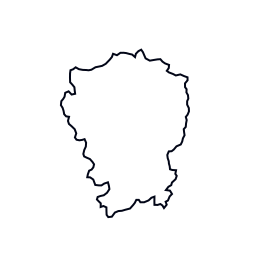 Cristinápolis, Sergipe, Brazil (Robinson projection), rotated 44°
{"feature_id": "56859067B95564871325424", "entity_name": "Cristinápolis", "entity_type": "district", "adm_level": 2, "iso_a3": "BRA", "parent_name": "Brazil", "parent_adm1": "Sergipe", "projection": "robinson", "projection_center": [-37.728, -11.484], "detail": "fine", "context": "isolated", "style": "outline", "palette": "ink", "viewbox_px": 256, "rotation_deg": 44, "n_neighbors": 0, "source": "geoboundaries", "source_scale": "gbopen_adm2", "svg_char_len": 2203}
<svg xmlns="http://www.w3.org/2000/svg" viewBox="0 0 256 256"><g transform="rotate(44 128 128)"><path d="M191.9,125.0L189.1,127.4L186.9,128.5L184.5,126.5L182.2,125.2L180.4,123.6L177.5,122.1L175.0,120.1L173.6,116.5L175.5,114.4L175.9,111.7L175.6,107.5L177.4,103.2L176.4,100.1L174.7,97.3L173.7,93.9L171.2,92.0L168.9,90.1L168.8,87.1L166.6,84.4L164.7,81.5L161.9,79.9L161.6,77.0L160.3,73.7L157.9,71.4L154.3,70.1L151.9,67.6L151.0,65.0L148.3,62.7L145.3,61.8L143.2,59.4L140.7,59.0L138.0,56.3L137.7,52.3L135.6,50.2L132.3,51.7L128.4,53.1L125.9,57.0L122.8,57.9L118.8,59.6L116.2,59.9L115.7,56.6L113.7,54.1L109.8,55.8L106.7,56.3L103.5,56.0L101.5,58.2L99.4,61.0L96.9,64.4L92.3,65.7L88.9,64.3L86.1,63.1L83.1,62.5L82.1,65.5L82.1,69.1L83.8,72.1L79.9,72.3L77.5,73.8L74.6,75.4L72.5,77.0L70.3,79.2L69.5,83.3L65.7,85.0L67.1,88.1L67.4,91.6L67.4,94.4L67.4,97.3L66.2,101.3L64.6,103.7L62.4,106.9L61.2,111.5L59.6,113.8L57.7,115.3L55.0,117.7L51.8,119.8L48.2,120.7L47.7,124.0L46.5,126.4L48.4,129.0L51.3,132.1L54.6,135.3L58.0,135.5L61.1,135.9L63.8,138.2L66.2,140.1L64.2,143.1L59.8,142.9L58.4,146.3L60.6,149.5L61.2,152.1L61.4,155.0L63.9,158.2L66.9,158.9L69.7,160.4L72.5,162.4L75.4,162.6L77.8,160.9L79.9,164.6L82.7,166.1L86.2,165.9L90.5,165.9L94.5,167.8L96.4,171.7L99.1,172.2L101.6,170.6L103.3,168.4L104.5,166.2L108.1,167.7L110.6,170.7L111.8,174.2L113.9,177.7L116.2,178.9L118.7,178.1L122.2,176.8L126.1,177.1L128.8,177.7L130.4,180.4L130.7,183.2L129.7,185.7L131.3,189.2L132.9,191.7L135.1,189.8L138.8,189.2L141.1,190.3L144.0,191.7L146.8,189.6L148.8,187.7L149.5,184.5L151.3,181.0L154.5,182.9L157.1,184.9L157.9,189.2L157.3,193.2L155.4,196.1L154.1,198.7L155.3,201.0L158.1,201.1L160.7,201.1L163.2,203.8L164.5,201.2L167.6,200.1L170.4,202.9L172.9,205.3L175.7,205.8L178.0,203.0L177.3,197.9L178.8,194.4L181.1,191.8L182.9,188.6L185.4,184.5L185.2,179.7L184.9,177.1L183.9,173.9L185.7,172.2L188.5,172.8L191.2,170.2L193.1,165.8L193.3,161.9L194.7,159.0L197.7,162.2L200.4,164.9L202.7,162.8L204.1,160.2L206.6,159.8L209.5,160.6L209.1,156.3L206.3,154.9L207.1,152.4L205.5,148.3L205.5,144.9L201.7,143.9L198.4,146.3L197.9,142.2L198.8,139.1L197.5,136.7L197.8,131.8L196.3,128.6L193.9,128.1L191.9,125.0Z" fill="none" stroke="#020617" stroke-width="2"/></g></svg>